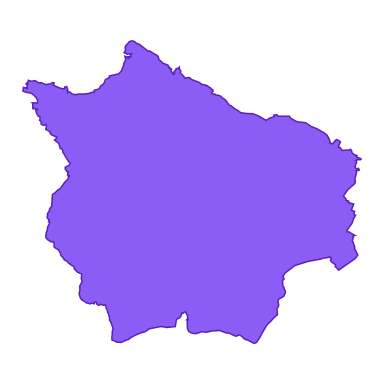 Capusu Mare, Cluj, Romania
{"feature_id": "2599482B21022816483302", "entity_name": "Capusu Mare", "entity_type": "district", "adm_level": 2, "iso_a3": "ROU", "parent_name": "Romania", "parent_adm1": "Cluj", "projection": "natural_earth1", "projection_center": [23.238, 46.782], "detail": "fine", "context": "isolated", "style": "filled", "palette": "violet", "viewbox_px": 384, "rotation_deg": 0, "n_neighbors": 0, "source": "geoboundaries", "source_scale": "gbopen_adm2", "svg_char_len": 5777}
<svg xmlns="http://www.w3.org/2000/svg" viewBox="0 0 384 384"><path d="M244.2,338.9L248.5,340.5L253.6,343.2L255.1,343.1L256.6,342.3L259.6,337.9L262.2,332.9L267.1,324.7L270.8,321.3L273.0,318.7L277.4,314.7L277.0,309.2L277.2,308.2L278.5,306.3L278.7,304.5L278.0,301.9L278.5,299.4L283.6,296.5L285.3,293.1L285.5,291.1L284.4,289.5L284.0,287.4L282.8,285.6L282.6,280.3L283.9,279.5L283.9,278.2L282.9,276.6L284.8,273.3L294.7,265.6L308.1,261.4L321.0,259.0L324.4,257.8L325.3,258.0L328.7,257.3L329.9,257.4L330.1,256.9L330.5,257.6L331.4,258.2L330.5,260.1L331.2,261.7L335.6,264.8L335.2,266.8L336.2,267.3L338.6,270.2L355.1,258.6L357.3,255.8L357.8,254.9L354.6,248.6L354.6,246.0L354.0,245.2L353.2,242.2L352.2,240.4L352.8,239.5L352.8,238.4L353.5,237.2L353.1,236.4L353.5,236.1L353.4,235.6L354.9,235.4L350.9,233.2L349.4,232.0L347.1,231.9L346.8,230.9L349.1,227.2L351.5,224.1L352.5,222.2L353.3,219.3L355.6,215.3L353.8,214.4L354.6,211.4L351.4,210.2L353.7,204.0L348.1,202.5L348.7,201.1L346.0,200.4L346.0,198.9L343.4,196.0L347.7,189.9L354.3,184.0L355.3,182.5L355.0,178.6L356.5,172.7L356.3,170.7L358.9,170.4L359.4,169.9L358.3,168.3L356.4,169.0L355.1,167.3L355.4,165.2L356.6,162.4L356.5,160.4L356.0,160.4L356.8,159.7L360.5,159.7L361.0,159.4L360.6,158.5L356.8,157.1L356.8,156.6L356.2,156.2L356.3,155.6L356.6,155.4L353.9,154.5L351.8,152.5L351.5,151.8L351.8,151.1L350.6,149.3L349.0,150.0L341.9,150.3L340.4,147.8L339.2,147.5L339.0,146.9L338.2,146.9L340.4,142.0L338.6,140.4L336.4,139.6L335.0,140.7L334.8,141.6L334.2,141.8L332.5,143.9L331.4,143.8L330.2,142.4L329.8,142.6L329.5,139.8L327.2,135.4L324.0,132.8L316.4,128.5L311.3,126.5L305.5,122.7L297.7,121.8L295.8,121.2L290.4,118.0L289.4,116.2L278.1,116.2L276.9,114.7L273.7,115.1L274.2,116.7L269.3,118.2L268.9,118.8L267.1,119.5L266.3,120.5L259.1,116.2L252.8,113.7L246.8,113.5L240.8,112.7L236.7,109.7L235.1,109.1L230.9,105.7L229.3,105.3L226.0,100.6L224.1,98.9L222.4,98.0L220.6,96.1L217.8,95.1L215.9,95.1L214.5,93.9L213.5,94.3L213.2,94.0L212.0,93.9L211.6,92.6L213.1,91.3L212.8,89.8L211.7,89.3L210.4,87.9L206.4,85.3L201.6,84.3L199.3,82.4L191.5,79.5L189.5,77.6L187.1,77.7L185.2,78.3L182.7,75.1L180.5,73.2L180.3,72.7L180.8,71.2L179.4,68.6L179.3,67.1L178.1,68.3L176.2,68.6L175.7,70.0L174.2,71.3L173.9,72.3L174.5,72.8L174.1,74.2L173.2,74.3L170.7,70.1L171.6,69.3L171.3,68.9L170.3,68.1L169.1,68.1L169.3,67.4L169.0,67.4L168.1,65.2L163.2,63.3L159.4,59.9L158.9,59.4L158.4,57.1L157.2,55.4L154.6,54.1L149.9,51.1L148.0,51.1L139.6,44.4L136.9,43.5L134.2,41.4L132.1,40.8L129.5,41.5L125.9,45.6L125.2,46.9L125.4,50.7L124.1,52.5L124.4,53.0L126.5,53.4L126.9,54.2L131.2,53.8L130.4,54.7L130.8,55.9L130.0,56.4L130.3,56.7L128.2,56.6L128.7,57.3L129.3,57.2L128.8,58.2L125.0,56.2L125.1,57.7L125.9,59.1L124.9,61.5L124.1,62.5L123.2,66.6L122.5,67.8L122.4,69.0L121.8,69.5L121.6,70.8L118.6,73.9L109.6,75.8L109.3,76.0L109.5,77.5L105.4,79.6L104.1,83.0L103.0,84.4L100.6,86.0L99.4,88.5L97.9,89.3L94.7,90.0L94.0,90.9L94.3,92.0L91.3,92.4L88.7,93.5L86.2,93.8L82.3,94.1L79.8,93.9L75.6,94.6L73.6,94.4L72.0,93.9L70.2,92.3L68.3,91.4L67.9,91.5L67.7,92.2L67.1,90.5L67.6,89.9L67.7,89.2L66.6,86.5L65.5,87.0L64.7,87.0L64.7,88.6L62.4,88.7L59.7,88.0L53.4,85.2L54.2,83.0L53.9,82.7L53.2,83.1L52.2,82.6L51.0,83.6L48.9,84.2L48.1,84.0L46.1,84.7L41.5,82.8L38.3,82.7L35.1,80.6L31.4,81.3L28.3,80.3L27.7,82.7L26.9,83.0L26.0,83.9L26.8,84.2L27.3,83.9L27.1,84.3L27.5,84.9L27.0,85.9L27.1,87.5L26.2,87.8L26.6,88.2L23.4,87.4L23.0,91.2L26.1,92.3L31.0,93.2L33.8,95.1L36.2,97.7L37.5,100.1L37.5,102.8L36.8,103.3L35.6,102.8L32.2,102.9L32.6,103.3L32.8,104.6L32.8,107.9L33.3,108.0L33.3,108.5L32.6,109.1L34.2,108.6L37.5,109.3L37.4,109.7L36.2,109.4L35.9,110.0L36.1,112.2L37.9,115.9L39.9,116.7L40.1,119.0L39.6,120.3L40.7,121.1L41.2,122.3L41.2,124.2L43.3,125.4L46.1,124.6L46.4,126.3L45.7,129.4L49.3,131.3L50.7,133.5L50.5,133.9L51.6,134.9L56.9,137.2L56.1,138.7L54.5,140.1L58.8,143.4L60.2,148.5L60.8,148.3L62.4,149.9L62.8,150.6L62.7,151.9L68.5,161.5L70.3,163.1L69.7,164.4L68.6,165.5L65.2,167.3L65.3,169.4L66.4,170.4L66.6,171.4L68.4,172.0L67.8,172.8L67.5,175.1L69.5,175.7L69.4,176.0L68.2,176.9L68.4,177.9L68.2,178.8L64.5,182.5L60.6,188.2L57.4,190.4L54.9,192.9L52.5,194.5L52.2,197.9L51.9,198.5L52.5,199.2L52.0,200.0L52.2,201.5L51.9,202.3L52.1,203.3L51.6,204.1L52.0,206.0L50.6,207.3L50.0,208.7L49.5,209.1L49.5,210.4L47.5,213.6L47.4,214.3L47.7,215.7L47.2,216.1L47.2,217.8L48.6,219.3L48.5,220.0L49.2,220.4L49.2,221.3L48.7,222.0L49.4,222.0L49.8,223.0L47.7,226.8L47.3,229.6L46.2,232.8L45.8,237.2L46.7,238.8L47.6,239.1L48.1,240.2L48.9,240.3L50.7,241.7L53.9,242.2L54.1,243.4L54.0,246.1L54.4,247.4L58.4,249.8L60.5,253.4L60.6,254.6L61.2,255.9L62.4,256.9L64.4,259.9L67.0,261.2L68.3,262.9L69.9,263.7L70.2,264.5L73.8,266.4L74.4,269.0L77.5,272.2L81.5,274.0L81.8,274.9L81.4,276.4L81.6,277.3L81.2,278.6L82.0,280.5L81.9,281.9L79.8,285.9L79.7,287.5L80.0,289.5L79.7,290.1L79.8,291.2L79.3,292.4L79.2,294.1L80.2,297.5L81.7,299.8L86.8,303.0L90.0,303.9L91.6,303.2L94.3,303.8L94.5,302.4L96.0,301.9L96.6,302.9L96.8,304.1L98.6,305.3L99.3,305.3L100.4,304.3L104.1,305.4L105.3,304.8L105.7,305.2L106.3,308.5L107.1,309.8L107.7,312.4L108.6,314.0L109.1,316.5L109.5,317.6L109.6,320.3L110.7,321.7L113.1,328.6L112.6,329.9L112.2,332.4L112.3,333.8L111.8,337.7L112.1,340.2L114.1,340.7L116.7,342.2L121.0,342.5L127.2,339.8L128.6,339.5L130.7,337.7L135.2,335.2L141.4,332.7L145.0,331.8L149.4,328.8L160.1,326.6L164.0,326.9L166.4,327.5L175.3,326.6L176.3,320.2L176.8,319.1L179.1,318.2L180.7,316.6L182.0,312.8L183.1,313.3L185.0,311.6L186.0,312.4L186.2,313.4L187.5,315.6L187.4,317.0L187.8,318.3L186.7,319.8L188.0,319.9L187.3,321.2L187.3,328.2L188.6,331.3L190.8,332.7L193.1,333.4L196.0,333.7L201.7,331.7L206.7,332.2L212.3,330.9L219.9,330.5L226.3,333.0L228.3,333.0L229.9,333.5L235.5,336.2L237.3,335.8L239.3,334.8L242.2,336.6L244.2,338.9Z" fill="#8b5cf6" stroke="#5b21b6" stroke-width="1.5"/></svg>